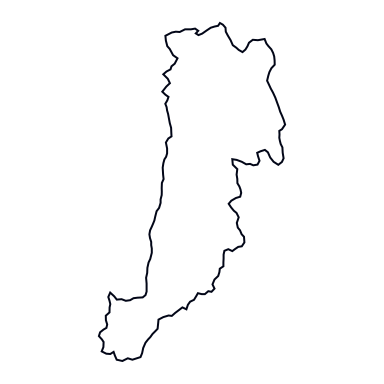 Mutuípe, Bahia, Brazil (Mercator projection)
{"feature_id": "56859067B154349713184", "entity_name": "Mutuípe", "entity_type": "district", "adm_level": 2, "iso_a3": "BRA", "parent_name": "Brazil", "parent_adm1": "Bahia", "projection": "mercator", "projection_center": [-39.511, -13.326], "detail": "fine", "context": "isolated", "style": "outline", "palette": "ink", "viewbox_px": 384, "rotation_deg": 0, "n_neighbors": 0, "source": "geoboundaries", "source_scale": "gbopen_adm2", "svg_char_len": 2956}
<svg xmlns="http://www.w3.org/2000/svg" viewBox="0 0 384 384"><path d="M101.7,351.4L106.3,353.7L110.3,354.0L113.6,351.9L114.9,355.6L116.7,359.7L122.3,361.0L127.8,358.3L132.4,359.7L140.5,357.1L142.1,353.2L143.2,348.0L145.5,342.7L148.1,339.4L150.3,337.1L152.5,334.0L155.1,331.4L157.6,328.8L158.2,322.9L158.5,319.6L163.3,317.1L168.6,315.5L171.8,315.9L175.2,312.9L178.9,310.1L182.4,307.4L186.4,309.3L187.9,304.8L190.1,301.7L194.0,299.8L196.2,296.2L197.9,293.2L201.6,294.1L204.9,294.1L208.3,291.2L211.5,291.8L214.5,288.6L212.5,284.4L214.5,279.5L218.2,276.0L219.4,272.1L219.8,268.7L223.4,266.3L223.4,262.4L223.6,258.3L223.6,254.6L224.4,250.8L228.3,249.2L232.3,251.1L235.1,249.0L238.2,246.9L241.8,246.3L244.4,242.4L244.0,236.8L241.6,234.2L240.0,230.3L237.8,227.6L236.8,222.9L238.7,217.3L236.5,212.9L233.8,210.7L231.1,207.4L228.7,203.8L231.3,200.7L235.9,198.0L240.2,196.7L241.2,192.9L240.5,189.5L239.4,186.5L237.4,183.2L237.3,178.9L236.6,174.6L237.3,169.1L232.8,164.7L232.3,159.2L236.7,159.9L241.8,161.8L246.2,164.3L250.1,163.9L253.3,165.3L257.5,164.6L259.5,160.8L258.0,156.1L257.2,152.8L260.5,151.3L264.9,149.9L267.9,152.3L270.2,157.5L273.6,161.8L278.3,164.8L281.9,162.0L283.6,158.3L282.7,152.8L282.4,147.4L280.7,144.0L279.9,140.9L279.3,137.8L279.5,134.5L279.3,130.9L282.0,129.2L285.1,124.6L283.6,119.7L282.0,115.7L280.2,111.7L278.8,107.2L277.0,102.3L275.3,97.6L273.0,92.6L270.8,88.6L269.0,84.7L267.1,80.7L268.3,75.7L269.4,72.1L271.4,68.2L274.7,64.7L274.6,60.5L274.2,56.5L273.1,52.9L271.3,49.3L268.3,46.0L266.4,43.5L264.6,39.0L257.9,40.2L252.8,39.8L249.0,42.7L247.4,46.4L245.4,49.6L242.5,52.1L238.7,49.9L236.3,47.7L232.8,45.2L230.6,40.2L227.8,35.5L225.8,31.7L225.5,27.7L222.9,24.7L219.9,23.0L218.1,25.8L214.7,26.5L210.8,27.7L206.6,30.5L202.2,33.6L198.5,35.1L195.8,33.4L198.2,30.8L195.1,28.6L191.1,29.3L185.1,29.3L179.7,32.0L175.8,31.7L171.8,32.5L165.4,35.8L165.9,40.7L167.3,46.2L169.7,48.9L173.1,55.2L177.5,58.3L174.7,63.7L171.5,66.3L170.5,69.4L166.5,71.5L163.3,74.3L167.8,78.8L169.9,83.2L166.3,86.6L162.3,91.7L165.4,94.7L168.5,96.9L167.3,100.4L165.3,103.8L166.6,107.1L167.1,110.5L168.1,114.0L168.8,117.8L169.8,123.2L171.1,127.8L171.3,132.5L171.5,136.4L168.3,138.5L165.9,142.5L167.1,148.5L167.1,153.4L166.1,156.8L164.4,159.4L163.4,163.1L162.7,167.6L163.1,174.6L163.6,179.1L161.9,182.9L161.7,188.2L161.8,191.5L161.7,195.1L160.6,199.4L160.6,202.9L159.1,207.9L156.6,211.2L155.2,216.7L154.4,220.4L153.0,223.9L151.7,226.9L150.1,230.3L149.4,234.3L150.0,238.1L151.2,241.9L151.2,245.1L151.8,248.5L151.8,252.8L150.2,259.1L148.6,262.4L147.4,267.8L147.2,272.9L146.1,277.8L146.6,283.6L146.6,287.4L146.6,291.6L145.5,295.1L142.7,297.4L137.5,297.7L133.5,298.2L130.1,300.2L125.8,300.8L121.6,299.2L116.8,299.6L114.2,296.3L110.2,292.6L108.3,297.0L109.5,300.7L110.3,304.1L109.6,307.4L109.5,312.4L105.8,315.7L105.9,320.2L107.2,324.5L106.4,327.9L103.6,329.5L100.1,332.3L98.9,336.1L101.9,339.4L103.6,342.0L103.4,347.1L101.7,351.4Z" fill="none" stroke="#020617" stroke-width="2"/></svg>